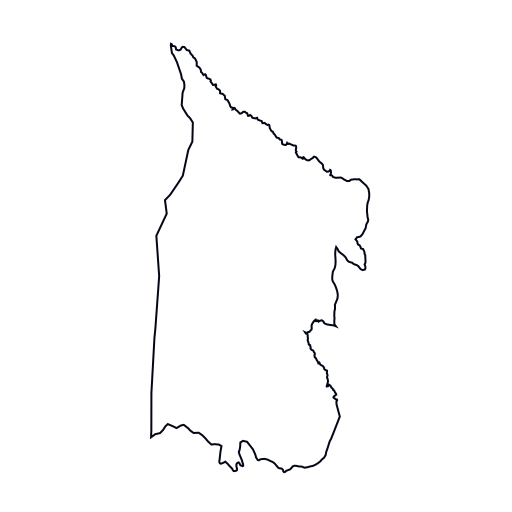 outline of Santa María Tepantlali, Oaxaca, Mexico, rotated 176°
{"feature_id": "50627088B72536990045476", "entity_name": "Santa María Tepantlali", "entity_type": "district", "adm_level": 2, "iso_a3": "MEX", "parent_name": "Mexico", "parent_adm1": "Oaxaca", "projection": "equal_earth", "projection_center": [-96.004, 16.943], "detail": "fine", "context": "isolated", "style": "outline", "palette": "ink", "viewbox_px": 512, "rotation_deg": 176, "n_neighbors": 0, "source": "geoboundaries", "source_scale": "gbopen_adm2", "svg_char_len": 6055}
<svg xmlns="http://www.w3.org/2000/svg" viewBox="0 0 512 512"><g transform="rotate(176 256 256)"><path d="M181.2,180.3L182.6,182.5L182.4,186.0L182.0,188.6L182.1,190.7L181.6,195.6L181.0,197.1L180.7,200.0L180.7,201.8L177.7,207.9L177.1,211.4L177.5,215.5L178.7,220.0L179.9,223.0L181.1,225.1L181.6,227.7L181.2,231.1L180.4,235.0L178.3,238.5L177.4,241.5L177.0,244.7L176.9,248.2L176.9,251.8L176.6,254.8L176.2,256.9L175.4,259.3L174.0,257.1L173.3,255.0L171.3,253.0L169.4,251.4L167.8,249.8L166.5,248.1L165.4,245.5L164.1,244.0L162.4,243.2L160.7,242.7L159.4,241.4L158.1,240.7L156.2,239.9L154.6,238.7L153.7,237.2L152.5,235.6L150.6,234.5L148.3,234.9L147.7,236.1L147.7,238.3L148.3,240.0L147.3,241.6L147.1,243.7L147.0,249.4L147.5,250.3L147.5,252.2L148.6,255.4L150.8,256.2L151.3,258.4L152.2,259.7L153.3,260.2L153.7,260.9L154.0,263.3L154.8,264.7L155.6,265.7L153.8,267.7L152.1,267.8L150.4,268.2L148.3,270.3L144.6,276.3L143.9,279.4L143.1,281.0L142.1,282.2L141.5,284.3L142.0,287.0L142.2,293.1L141.5,299.0L140.8,301.6L139.8,303.7L138.9,307.4L138.7,310.7L139.1,314.9L141.1,318.5L146.5,324.1L146.4,324.2L147.9,325.5L149.6,325.3L151.8,325.7L156.0,325.5L157.6,324.3L159.9,324.4L163.0,326.3L164.8,327.8L166.2,328.4L170.0,328.4L171.5,328.6L173.7,329.5L174.4,330.8L175.2,331.4L176.0,331.3L176.3,331.5L175.8,332.5L175.3,334.2L175.5,335.4L175.4,336.1L176.1,336.7L176.6,335.8L177.9,335.2L179.3,335.1L182.1,337.3L182.8,339.1L182.9,342.2L183.2,342.5L183.6,343.3L186.4,346.0L188.2,348.9L189.3,350.3L191.1,351.1L191.7,350.8L192.6,349.7L193.9,349.2L196.3,347.7L198.4,348.0L200.0,349.1L201.3,350.9L201.9,351.3L202.2,350.9L202.1,350.3L202.2,349.9L202.5,349.7L204.3,351.1L205.0,351.4L206.4,351.4L206.9,351.9L207.7,353.5L209.0,356.4L208.6,356.8L208.3,357.3L208.8,357.9L208.9,359.2L208.4,361.0L208.3,362.3L208.6,363.2L209.7,363.5L210.9,363.6L215.3,365.9L215.8,365.5L216.5,365.6L217.1,366.6L217.7,365.3L218.4,364.7L220.0,364.9L221.6,365.6L222.1,366.1L222.2,369.7L223.0,370.4L223.9,370.4L224.7,371.3L225.1,372.1L226.2,372.4L226.7,372.4L227.4,373.1L229.0,376.1L230.0,377.0L230.2,378.3L230.6,378.9L231.6,379.3L232.5,380.7L233.3,382.5L233.6,385.6L234.4,386.2L235.4,385.9L237.0,387.0L238.1,388.2L239.4,388.0L240.3,388.1L240.9,390.2L243.0,391.0L244.8,392.0L245.3,393.8L247.0,393.3L249.1,393.8L250.2,394.4L250.7,395.9L252.1,397.1L253.3,396.3L254.1,396.3L254.5,397.5L254.8,399.0L255.8,399.5L257.1,400.7L258.8,400.7L260.0,399.7L260.9,399.2L262.2,399.2L264.5,402.0L266.0,403.3L267.0,405.1L268.7,403.9L269.2,403.8L268.7,405.4L270.6,406.1L271.1,407.0L272.0,410.3L273.6,413.5L275.7,414.6L276.0,418.0L278.1,420.2L279.5,420.4L280.5,420.9L280.3,423.3L281.7,424.9L283.1,425.5L284.0,427.1L284.5,428.3L283.8,429.0L284.1,430.0L287.0,429.6L288.2,431.9L288.9,432.6L289.2,433.4L288.8,434.3L289.2,435.3L290.4,436.1L291.5,436.4L292.8,437.2L293.4,440.2L294.1,440.9L295.7,440.1L297.1,442.6L297.9,443.2L298.2,446.0L299.4,448.0L301.9,449.9L301.6,453.7L303.0,457.2L304.7,458.6L305.2,460.1L307.2,462.6L308.2,465.5L310.7,466.3L312.8,469.4L314.6,469.8L315.7,468.9L316.9,467.0L319.0,466.5L321.3,467.6L321.5,469.8L322.1,470.6L323.5,471.2L324.7,471.3L325.4,473.3L326.0,473.6L326.3,472.1L325.7,464.3L324.1,461.9L321.3,454.7L318.0,442.2L317.6,438.1L315.7,434.9L315.5,431.6L315.8,428.5L317.8,424.1L319.6,411.7L318.4,408.1L314.5,400.8L312.2,398.2L309.7,393.6L311.5,374.5L316.1,366.6L323.4,341.2L328.2,334.7L337.5,322.9L342.9,318.1L342.1,304.5L354.0,283.1L354.0,242.6L361.5,190.3L363.0,181.6L369.9,126.6L372.7,87.7L372.9,86.6L373.3,82.5L368.9,85.3L364.1,86.0L360.8,89.0L358.3,92.4L355.7,94.5L350.7,91.9L347.3,89.9L342.6,92.2L339.8,92.6L335.7,88.9L333.7,86.4L330.6,83.8L325.6,83.7L322.2,81.1L319.0,77.4L317.0,74.6L313.6,71.0L310.7,71.2L306.2,70.5L303.7,68.8L305.1,63.3L306.6,55.0L306.9,54.3L306.9,52.8L306.5,51.8L305.5,51.2L304.5,51.6L303.5,51.8L302.3,52.3L301.0,53.0L298.9,50.8L296.6,47.8L294.8,45.8L294.0,43.9L293.3,43.1L292.4,42.9L290.8,43.2L290.1,43.5L289.8,44.3L289.8,45.0L290.2,47.3L290.1,49.5L289.3,50.7L287.7,51.3L286.8,50.1L286.6,49.3L286.0,48.2L284.9,47.8L284.2,47.3L283.4,47.6L283.4,49.3L284.0,51.2L284.2,52.9L286.2,58.8L286.7,60.8L286.8,61.9L286.0,63.3L285.1,66.9L284.6,71.1L281.9,72.5L277.9,71.3L275.2,67.3L272.5,63.3L270.8,58.7L270.2,56.5L270.0,55.1L268.5,52.4L267.4,52.0L266.1,52.7L264.9,53.0L261.4,53.0L258.0,51.8L256.7,50.9L253.7,49.3L252.0,47.9L248.4,43.0L247.4,42.6L245.3,42.2L244.3,41.2L243.9,40.2L243.8,39.3L243.2,38.5L242.5,38.4L241.7,38.8L240.9,39.6L236.8,40.8L234.1,43.4L234.1,43.5L232.3,44.1L230.1,43.8L228.5,43.2L224.9,42.7L222.6,41.5L219.8,41.6L216.7,42.3L214.1,42.6L211.1,43.7L208.5,45.1L206.0,46.8L204.4,48.5L202.2,50.0L200.5,52.4L199.6,55.7L198.1,59.1L195.4,66.0L193.8,68.5L190.9,74.5L183.6,90.0L186.0,102.3L186.0,104.9L185.7,105.3L185.1,106.6L185.3,107.2L186.2,107.3L188.6,109.4L188.2,110.4L185.6,112.1L185.7,112.9L186.0,113.5L186.4,113.8L187.5,116.5L188.2,116.8L188.4,117.2L188.6,118.0L190.1,119.7L190.3,120.6L191.1,121.7L192.2,122.6L192.6,122.3L192.7,121.5L193.2,121.0L194.5,120.9L194.6,121.3L193.9,122.8L192.9,126.0L193.1,128.3L193.7,129.9L193.0,131.7L193.0,132.6L193.3,133.4L193.5,134.2L193.1,136.5L193.2,136.8L194.0,137.0L195.0,137.6L195.9,138.7L195.8,139.4L195.9,139.9L197.1,141.7L198.6,142.5L199.7,143.5L200.0,144.4L200.0,144.9L200.2,145.2L200.8,144.6L201.2,144.5L201.8,146.4L202.8,148.2L203.1,149.2L203.5,150.0L204.4,150.9L204.6,151.4L204.4,151.9L204.6,153.0L204.1,154.1L204.3,155.2L204.9,156.1L205.5,157.6L206.2,158.1L206.8,158.3L207.6,159.0L208.0,159.7L208.1,160.2L207.8,161.1L208.1,161.7L208.2,163.3L209.5,163.9L209.6,164.3L209.5,165.4L209.9,166.2L209.9,167.1L210.2,167.8L210.4,168.3L209.9,169.9L210.1,171.8L209.9,172.8L210.2,174.4L210.3,174.8L211.6,175.1L212.3,176.4L211.3,175.8L210.3,176.1L209.5,176.1L209.1,176.6L208.1,176.6L207.6,177.0L207.1,177.6L205.8,178.7L205.6,179.1L205.5,179.7L205.4,182.8L204.7,184.4L202.7,187.1L201.1,188.2L201.0,187.6L201.0,187.0L200.3,187.1L199.8,186.7L199.3,186.8L199.3,187.5L198.4,187.3L198.1,187.1L198.0,186.3L197.1,186.8L194.9,187.3L193.2,185.9L193.0,184.8L192.0,183.8L190.0,182.8L183.0,181.2L181.2,180.3Z" fill="none" stroke="#020617" stroke-width="2"/></g></svg>